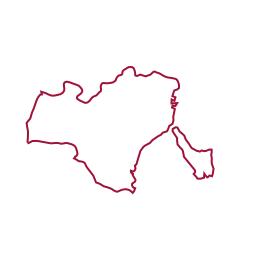 map outline of Hyōgo (orthographic projection), rotated 292°
{"feature_id": "JPN-1849", "entity_name": "Hyōgo", "entity_type": "Prefecture", "adm_level": 1, "iso_a3": "JPN", "parent_name": "Japan", "parent_adm1": "", "projection": "orthographic", "projection_center": [134.835, 34.932], "detail": "fine", "context": "isolated", "style": "outline", "palette": "rose", "viewbox_px": 256, "rotation_deg": 292, "n_neighbors": 0, "source": "natural_earth", "source_scale": "10m", "svg_char_len": 3209}
<svg xmlns="http://www.w3.org/2000/svg" viewBox="0 0 256 256"><g transform="rotate(292 128 128)"><path d="M76.7,41.4L77.8,39.9L81.8,38.7L87.3,36.6L90.6,34.5L94.7,32.1L100.3,33.8L106.4,33.2L111.0,33.3L118.9,32.9L122.2,33.0L123.8,33.4L126.0,34.1L126.9,35.6L129.1,34.0L129.5,38.6L129.4,40.0L129.3,41.3L129.3,43.6L129.5,45.3L130.1,46.8L131.2,48.8L134.1,52.8L136.5,54.4L138.6,54.8L140.4,54.3L143.7,52.5L144.8,52.1L146.0,52.0L147.2,52.7L148.1,54.1L148.5,56.8L148.8,65.2L148.7,66.7L148.2,68.0L147.5,69.3L146.8,70.4L146.0,71.3L145.1,71.8L143.9,71.8L143.0,71.7L142.0,71.3L139.6,69.8L138.2,69.1L137.1,69.2L136.1,70.0L135.7,71.5L135.5,72.9L135.2,78.0L135.3,78.9L135.8,80.0L136.8,81.1L138.8,82.2L142.5,83.2L143.7,83.9L145.0,85.0L146.4,86.5L150.4,88.0L151.8,88.9L153.5,88.7L155.9,87.3L156.9,87.0L159.1,87.1L159.7,87.4L160.4,88.1L161.7,92.1L163.5,95.3L164.8,97.1L167.3,98.7L169.3,98.6L171.0,98.8L172.6,99.4L173.8,100.5L174.7,101.9L175.8,102.4L178.6,101.8L180.0,102.3L183.7,105.0L184.8,106.0L185.5,107.6L186.0,109.1L185.6,110.7L183.7,112.7L181.7,114.0L180.3,114.6L179.5,115.1L179.5,116.2L179.8,117.1L182.1,119.4L182.5,125.0L185.9,128.8L189.5,130.5L190.3,131.4L190.2,133.2L190.4,136.4L190.2,138.4L189.8,140.5L189.6,142.8L189.7,145.7L190.8,150.0L191.4,154.0L191.1,154.9L191.0,155.3L190.7,155.7L189.7,157.0L187.6,158.8L186.0,159.6L184.2,160.3L182.3,159.3L180.0,156.8L177.4,157.0L174.2,157.2L174.2,160.5L170.6,160.9L170.8,157.8L167.1,159.1L169.5,164.3L166.1,163.7L165.4,160.9L163.5,161.2L163.2,164.3L155.5,165.7L152.1,167.3L148.5,167.7L145.4,165.5L141.4,165.6L139.4,165.3L136.9,162.2L133.8,160.9L131.8,159.1L125.9,155.2L122.4,154.0L118.4,150.6L116.4,149.4L111.3,148.1L97.6,149.4L96.8,149.1L96.3,148.7L95.7,148.5L95.0,148.9L94.5,149.3L93.8,149.8L93.1,150.1L92.5,150.2L91.1,150.1L90.0,149.6L89.5,148.5L89.5,146.7L88.8,146.9L88.1,147.3L87.6,148.0L87.4,148.9L87.3,149.9L87.0,150.0L86.5,149.9L85.9,150.2L83.1,154.0L82.2,154.6L80.7,154.5L79.6,153.8L78.7,153.1L77.8,152.7L76.4,153.2L75.3,154.3L74.7,155.8L74.9,157.2L72.0,157.3L69.6,156.7L70.7,153.7L70.9,152.2L70.7,149.9L70.3,148.8L69.9,147.7L68.0,145.0L65.0,142.1L64.6,140.2L64.8,138.3L65.4,135.5L65.4,132.3L64.9,127.2L65.6,123.2L65.7,121.3L65.6,119.8L65.5,119.0L65.5,118.9L65.7,118.6L70.8,113.7L76.1,104.7L77.3,103.2L78.5,102.0L79.4,100.9L79.7,99.4L79.4,96.9L78.8,94.8L79.6,91.0L79.6,89.4L81.8,89.8L82.5,90.5L83.9,90.9L85.2,90.8L86.7,89.9L89.8,87.5L91.2,85.7L91.7,83.9L91.8,81.7L91.5,79.5L91.5,78.5L91.3,77.4L90.9,76.1L88.5,72.3L88.0,69.5L87.4,67.3L84.9,62.3L82.0,48.6L80.1,44.2L77.0,41.7L76.7,41.4ZM143.9,169.8L146.7,172.1L146.9,173.7L145.6,175.3L144.0,177.2L143.2,180.0L142.0,183.1L139.0,185.8L136.5,189.9L133.3,194.4L132.7,199.2L132.6,200.4L132.9,201.9L133.0,203.4L134.8,204.8L135.0,207.1L135.8,208.7L138.4,211.4L139.3,213.6L137.1,214.6L134.0,215.3L131.4,217.0L128.3,218.1L126.0,219.3L122.3,222.6L117.2,223.8L114.7,223.9L114.5,221.4L112.2,220.4L111.9,220.0L113.1,217.5L114.2,215.9L110.4,217.1L108.1,214.2L107.1,211.3L108.4,209.5L109.9,206.1L112.2,206.8L113.9,205.9L122.2,190.8L124.9,189.0L126.9,187.7L127.7,187.0L128.4,186.1L129.3,183.8L130.0,182.6L131.3,180.1L135.4,177.9L137.1,177.3L139.7,173.4L141.7,170.6L143.9,169.8Z" fill="none" stroke="#9f1239" stroke-width="2"/></g></svg>